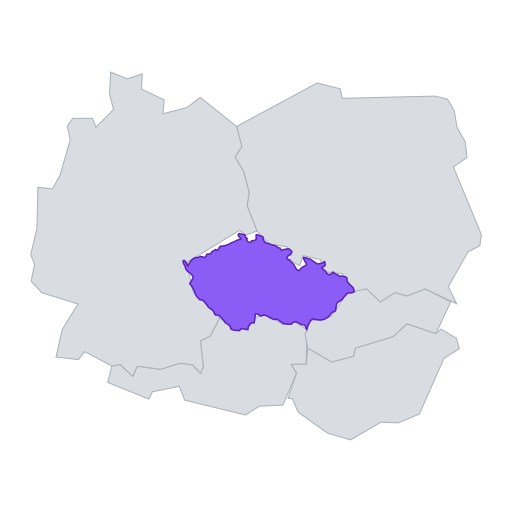 Czechia and the surrounding countries
{"feature_id": "CZE", "entity_name": "Czechia", "entity_type": "country or territory", "adm_level": 0, "iso_a3": "CZE", "parent_name": "Europe", "parent_adm1": "", "projection": "albers", "projection_center": [15.441, 49.807], "detail": "fine", "context": "with_neighbors", "style": "filled", "palette": "violet", "viewbox_px": 512, "rotation_deg": 0, "n_neighbors": 5, "source": "natural_earth", "source_scale": "50m", "svg_char_len": 5200}
<svg xmlns="http://www.w3.org/2000/svg" viewBox="0 0 512 512"><path d="M454.2,110.6L457.1,127.7L465.3,141.9L466.9,157.5L453.4,167.0L481.3,234.5L479.9,245.8L468.0,251.8L448.3,286.7L456.6,303.7L425.1,289.0L407.2,296.0L394.8,292.8L380.2,302.1L366.5,288.9L356.3,294.8L342.2,273.6L323.3,271.8L320.6,259.6L303.2,255.6L299.7,265.8L285.9,257.9L287.3,247.0L268.7,243.7L257.0,231.0L247.1,205.7L249.1,192.2L243.4,171.1L235.0,156.9L241.8,146.5L236.6,126.4L317.1,83.0L340.1,88.8L342.3,98.3L435.2,96.1L447.4,99.1L454.2,110.6Z" fill="#d9dde1" stroke="#a8b0b8" stroke-width="1"/><path d="M307.0,329.5L306.2,364.2L291.3,364.5L296.6,373.0L282.9,405.1L259.2,406.2L245.5,415.0L184.7,400.2L179.2,386.3L152.4,391.8L148.8,399.1L107.6,382.4L111.9,366.0L120.1,364.5L132.8,376.3L137.3,366.2L160.6,369.3L179.9,363.2L192.6,364.9L200.6,373.2L203.3,366.6L200.4,340.9L210.0,336.2L219.6,318.2L238.7,331.3L262.6,312.4L282.7,324.4L294.9,322.2L307.0,329.5Z" fill="#d9dde1" stroke="#a8b0b8" stroke-width="1"/><path d="M441.0,329.1L456.5,338.4L459.3,348.7L444.0,358.4L419.4,414.0L398.1,422.9L380.9,422.2L350.5,439.9L327.5,433.1L298.0,412.1L292.5,398.8L288.0,398.5L296.6,373.0L291.3,364.5L306.2,364.2L307.9,348.1L331.5,361.9L353.5,356.2L355.2,348.2L393.1,336.5L406.9,323.8L435.8,333.6L441.0,329.1Z" fill="#d9dde1" stroke="#a8b0b8" stroke-width="1"/><path d="M236.6,126.4L241.8,146.5L235.0,156.9L243.4,171.1L249.1,192.2L247.1,205.7L257.0,231.0L245.9,235.0L239.4,230.4L186.9,262.4L192.8,291.0L219.6,318.2L210.0,336.2L200.4,340.9L203.3,366.6L200.6,373.2L192.6,364.9L179.9,363.2L160.6,369.3L137.3,366.2L132.8,376.3L120.1,364.5L111.9,366.0L84.6,351.6L78.4,359.6L56.0,357.1L62.2,329.5L78.0,304.0L41.9,292.8L31.1,281.1L34.6,264.2L30.7,254.7L36.9,228.6L37.9,187.2L52.4,188.9L60.2,174.9L70.2,139.8L67.3,126.1L72.8,118.3L92.5,118.3L95.9,127.3L113.5,109.5L109.6,94.4L110.6,72.1L127.2,78.8L142.2,73.9L141.5,89.1L164.1,99.8L163.0,113.7L186.9,107.6L200.3,97.4L236.6,126.4Z" fill="#d9dde1" stroke="#a8b0b8" stroke-width="1"/><path d="M450.8,301.9L435.8,333.6L406.9,323.8L393.1,336.5L355.2,348.2L353.5,356.2L331.5,361.9L307.9,348.1L305.0,334.5L310.5,320.7L330.8,316.8L347.1,292.8L366.5,288.9L380.2,302.1L394.8,292.8L407.2,296.0L425.1,289.0L450.8,301.9Z" fill="#d9dde1" stroke="#a8b0b8" stroke-width="1"/><path d="M354.2,291.9L353.5,292.0L352.1,292.7L350.2,293.0L348.2,292.9L346.6,294.1L345.2,295.8L343.7,297.1L342.9,298.2L342.5,299.3L337.4,302.6L336.7,303.9L336.2,305.7L336.0,308.1L335.7,310.2L334.8,311.4L332.0,312.4L331.3,313.0L330.8,314.1L329.3,315.8L327.5,317.5L324.1,319.4L320.4,320.1L315.6,319.6L312.7,318.9L311.4,319.8L309.6,322.2L307.6,326.3L306.8,329.4L306.2,328.5L305.0,325.3L303.6,324.9L301.8,324.6L300.5,324.2L297.6,322.4L296.1,321.8L294.4,321.7L292.7,322.8L291.5,324.1L287.7,324.2L283.4,323.6L277.4,319.3L275.8,319.3L274.2,319.5L271.5,318.5L266.5,315.7L264.1,315.0L262.6,315.4L261.2,316.0L260.2,316.1L259.6,315.2L257.8,314.1L255.9,313.9L255.3,314.6L254.6,320.7L254.0,323.0L251.4,322.8L250.4,323.9L248.3,326.8L247.9,329.7L244.3,329.1L242.6,328.6L241.1,328.9L239.5,330.5L234.8,330.3L231.2,329.3L229.7,325.7L228.0,324.3L225.9,323.0L225.2,322.7L224.1,320.8L221.9,318.3L218.5,315.0L215.7,315.1L214.7,314.2L214.3,312.9L213.2,310.8L211.9,309.4L210.4,308.8L208.2,306.8L205.3,302.7L202.6,299.9L200.0,299.8L198.4,298.3L196.7,296.4L195.5,294.5L193.8,289.9L192.4,287.3L191.4,285.7L190.2,284.3L189.8,283.3L191.4,281.0L192.0,279.8L192.7,278.9L193.1,278.0L193.1,277.2L191.8,274.8L190.1,273.1L187.4,271.2L185.8,269.0L185.2,267.0L185.1,265.9L183.9,264.3L183.1,262.1L183.1,260.8L183.4,260.5L184.3,260.5L185.3,261.4L186.6,263.2L187.7,265.8L188.4,264.8L189.9,262.2L192.3,259.3L194.8,257.7L197.0,257.6L198.8,257.2L200.3,256.4L202.9,256.9L204.7,257.5L205.3,257.2L206.2,255.6L206.7,254.3L210.8,253.6L212.3,251.1L213.1,251.1L214.0,250.7L214.9,249.8L215.8,249.4L216.4,249.9L217.3,250.2L218.2,249.6L219.7,246.7L220.4,246.2L224.0,245.9L229.0,244.2L231.5,242.7L234.0,241.9L236.6,240.4L240.8,239.0L241.0,238.4L239.1,236.8L238.5,235.9L238.1,234.9L238.8,233.8L239.7,233.5L240.8,234.0L244.3,234.7L245.2,235.3L245.6,236.8L246.4,238.3L247.1,238.4L246.9,240.8L248.0,241.7L249.6,242.4L250.7,242.3L251.4,241.3L251.7,240.7L253.9,240.6L256.1,239.6L256.2,238.0L256.1,235.0L256.4,234.6L259.6,235.5L262.9,236.8L263.4,239.8L264.2,241.3L265.3,242.6L266.3,243.2L268.0,243.3L272.5,245.1L274.7,245.4L276.9,246.6L278.7,247.9L280.1,248.1L280.8,249.5L281.6,250.4L283.1,249.7L288.5,248.6L290.4,250.0L291.7,251.4L291.9,251.8L291.3,253.1L290.9,254.1L290.4,254.7L288.5,255.4L287.5,256.6L286.8,257.8L287.3,259.0L288.8,259.8L289.9,260.0L290.3,260.9L293.8,264.6L296.6,269.6L297.7,270.3L298.7,270.5L299.9,269.7L301.2,268.1L302.8,266.9L304.1,266.3L306.5,264.9L306.5,264.0L304.5,260.6L303.3,257.9L303.6,257.4L306.1,257.8L310.4,259.2L317.2,263.9L318.3,263.9L320.7,263.4L323.2,262.6L324.3,261.6L324.8,262.0L325.3,264.6L324.6,266.1L321.7,267.6L321.9,268.3L322.7,269.2L324.0,269.8L325.7,271.5L326.9,273.4L328.0,274.3L329.1,274.7L331.8,273.5L332.6,272.7L332.9,272.1L333.4,272.2L334.4,273.1L334.7,273.7L337.5,274.7L339.1,276.0L340.1,276.6L341.2,275.9L345.4,276.8L346.7,277.7L347.1,279.2L346.9,280.1L347.7,282.4L353.3,287.9L354.0,290.8L354.2,291.9Z" fill="#8b5cf6" stroke="#5b21b6" stroke-width="1.5"/></svg>